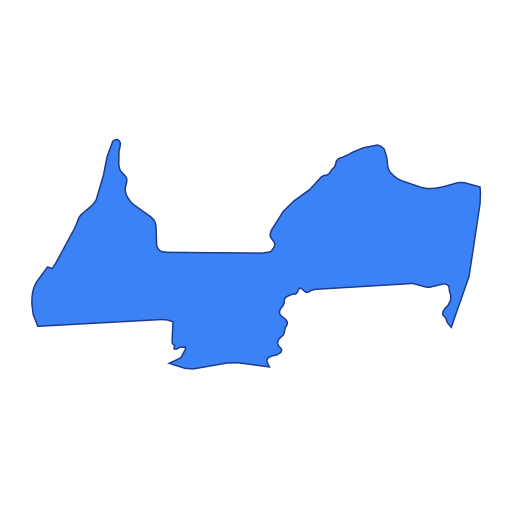 outline of Para, rotated 181°
{"feature_id": "SUR-68", "entity_name": "Para", "entity_type": "District", "adm_level": 1, "iso_a3": "SUR", "parent_name": "Suriname", "parent_adm1": "", "projection": "mercator", "projection_center": [-55.311, 5.329], "detail": "fine", "context": "isolated", "style": "filled", "palette": "blue", "viewbox_px": 512, "rotation_deg": 181, "n_neighbors": 0, "source": "natural_earth", "source_scale": "10m", "svg_char_len": 2340}
<svg xmlns="http://www.w3.org/2000/svg" viewBox="0 0 512 512"><g transform="rotate(181 256 256)"><path d="M341.0,147.2L329.5,152.8L325.8,159.8L325.1,160.5L324.9,163.6L325.0,163.9L326.3,163.3L329.5,163.8L330.4,163.4L332.1,162.4L334.1,161.5L336.0,161.6L336.4,162.6L336.0,164.1L335.9,165.4L337.1,166.0L338.2,167.4L338.4,170.7L337.8,188.7L343.8,190.6L350.2,190.8L472.9,181.9L477.7,193.4L479.3,204.5L479.2,211.3L478.7,215.7L477.8,219.6L476.5,223.0L474.8,226.4L464.2,241.4L459.6,239.9L456.5,244.6L437.6,280.9L433.7,291.3L431.7,294.2L420.3,304.2L418.0,307.3L416.7,309.6L409.9,334.3L406.6,352.9L401.2,368.1L398.6,370.0L396.6,370.0L394.4,368.4L393.5,366.0L393.8,363.5L394.8,358.4L394.8,345.6L394.3,342.3L393.3,339.2L390.7,336.3L388.3,334.0L386.6,331.1L386.5,328.1L388.0,321.4L387.7,318.0L386.6,314.5L384.7,311.3L382.2,308.0L379.2,305.2L362.3,293.6L359.3,290.9L357.3,287.6L356.5,284.1L355.5,264.6L354.0,261.6L351.8,259.2L345.3,258.1L249.5,259.0L241.2,260.6L238.0,265.2L237.3,268.4L238.8,271.2L240.5,273.2L241.8,275.2L242.2,277.2L242.0,279.3L240.9,282.3L229.5,301.1L218.8,311.9L203.3,323.5L192.2,336.1L189.8,337.6L186.2,338.3L184.5,339.4L182.0,343.2L180.4,345.1L179.0,346.5L178.3,348.3L177.3,352.3L175.9,354.1L174.1,355.3L170.5,356.4L169.3,357.2L165.9,358.7L160.2,362.0L150.4,366.1L136.6,369.1L132.9,367.9L129.7,365.1L127.3,357.9L126.4,353.1L126.1,349.0L125.2,345.5L123.3,342.1L119.3,338.2L115.7,335.7L112.0,333.9L91.6,327.3L85.1,326.4L78.3,326.8L70.9,328.3L55.3,332.9L51.7,333.1L48.4,332.8L33.2,328.9L32.7,323.2L32.9,312.3L42.6,239.4L59.5,188.1L63.7,193.0L65.0,197.0L68.3,200.5L68.0,203.7L66.1,207.0L63.0,210.2L60.6,215.5L60.5,220.0L61.9,224.0L62.6,229.2L64.9,230.9L67.7,231.5L82.1,227.7L86.1,228.0L98.7,231.3L196.2,223.7L200.1,222.6L202.1,221.3L204.6,220.3L206.6,221.3L208.4,223.0L210.6,224.7L212.4,224.1L213.4,222.3L214.0,220.4L215.8,218.6L218.6,218.6L223.3,216.5L225.8,215.0L226.7,213.2L227.1,209.2L227.9,207.2L229.4,205.3L230.9,203.0L231.5,200.7L231.3,198.6L229.8,196.6L225.0,192.8L223.6,190.6L223.5,188.5L225.7,184.2L226.5,179.6L227.5,177.3L230.1,174.9L232.0,172.7L233.0,170.4L232.6,168.1L231.5,166.0L229.7,164.3L228.6,162.4L229.4,160.2L233.1,157.6L238.5,156.3L241.6,154.8L243.1,153.0L243.2,150.8L242.4,148.6L240.6,145.3L271.7,148.9L282.5,148.6L316.7,142.0L324.9,142.4L341.0,147.2Z" fill="#3b82f6" stroke="#1e3a8a" stroke-width="1.5"/></g></svg>